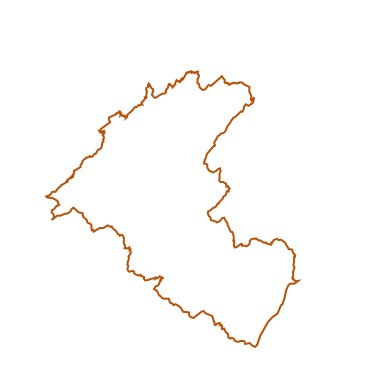 San Juan Nepomuceno, Bolívar, Colombia (Equal Earth projection), rotated 23°
{"feature_id": "7082276B34881548257448", "entity_name": "San Juan Nepomuceno", "entity_type": "district", "adm_level": 2, "iso_a3": "COL", "parent_name": "Colombia", "parent_adm1": "Bolívar", "projection": "equal_earth", "projection_center": [-75.086, 9.989], "detail": "fine", "context": "isolated", "style": "outline", "palette": "amber", "viewbox_px": 384, "rotation_deg": 23, "n_neighbors": 0, "source": "geoboundaries", "source_scale": "gbopen_adm2", "svg_char_len": 5958}
<svg xmlns="http://www.w3.org/2000/svg" viewBox="0 0 384 384"><g transform="rotate(23 192 192)"><path d="M174.3,73.8L168.0,86.9L165.7,86.9L165.0,87.9L164.3,91.8L162.5,93.7L161.5,93.9L158.0,92.6L156.3,89.9L154.4,89.6L152.9,85.7L153.3,83.4L152.8,81.9L150.8,81.1L150.5,78.9L149.4,79.2L147.9,81.6L146.8,81.1L145.6,82.0L145.7,81.3L143.9,81.2L143.7,82.0L142.9,82.2L141.9,83.5L141.7,83.1L140.3,84.5L140.1,89.5L139.6,90.5L139.0,90.5L139.6,91.8L138.1,92.3L138.7,93.2L138.2,93.7L138.2,95.2L137.6,95.2L137.7,93.6L136.9,94.9L137.3,95.1L137.0,95.8L134.1,95.1L134.0,97.9L134.5,99.3L133.2,103.1L132.7,102.2L132.1,102.6L129.3,101.2L128.5,102.0L129.1,103.1L129.0,105.1L129.5,105.6L128.9,105.2L129.0,106.2L128.3,107.2L128.7,108.8L128.3,109.1L129.1,110.6L128.3,112.0L126.3,113.2L124.3,115.6L121.8,119.3L120.5,119.9L117.0,118.0L117.0,115.7L116.5,114.8L116.9,114.1L115.9,112.6L113.4,112.1L112.8,111.1L109.8,109.1L109.7,110.8L110.8,111.3L110.4,111.6L110.5,112.8L109.3,114.2L110.2,116.4L111.1,116.7L112.3,121.6L113.2,122.5L113.0,123.6L111.8,123.5L112.2,124.1L111.7,127.3L110.6,128.9L110.6,129.6L111.7,130.6L110.9,130.5L110.9,132.0L110.4,132.6L108.8,132.9L107.9,135.3L106.3,136.2L104.8,141.2L102.5,145.5L102.4,146.7L103.0,148.2L102.3,149.7L102.2,148.9L101.4,148.9L101.5,148.3L100.7,148.6L100.8,149.3L100.0,148.2L99.2,149.2L98.1,148.5L96.9,149.2L96.6,148.4L96.2,149.3L96.0,148.1L95.1,147.9L95.5,147.3L94.9,146.3L94.4,146.6L94.3,146.1L94.1,146.8L93.7,146.2L92.0,149.3L91.3,149.5L91.4,150.5L86.5,155.8L87.2,157.8L89.4,159.7L83.7,169.2L83.5,171.6L82.6,171.9L84.0,173.0L86.5,170.6L86.4,172.3L87.5,171.5L87.3,172.2L88.1,172.3L87.5,173.1L87.7,174.8L88.7,174.8L89.9,176.7L89.6,178.6L90.7,179.5L90.2,182.4L91.0,184.1L90.8,184.8L91.4,186.8L89.9,189.3L89.0,189.7L88.4,194.4L86.9,195.9L86.8,197.4L85.9,199.0L84.6,199.3L83.9,198.8L83.0,200.4L81.0,201.9L80.7,203.3L80.0,204.0L79.2,206.4L79.5,209.0L78.8,210.2L79.7,212.6L74.9,218.9L76.1,220.0L75.8,221.0L76.6,224.8L76.1,225.2L75.5,224.5L75.5,225.9L74.7,225.5L74.5,226.9L73.8,227.2L73.5,228.6L72.6,229.3L73.2,230.7L72.7,231.0L72.6,230.4L72.4,231.0L72.9,231.5L72.3,231.6L72.2,232.6L68.8,237.1L68.8,238.2L67.5,240.2L66.2,245.1L63.4,246.5L62.3,250.5L59.6,253.0L60.8,253.6L66.6,252.1L71.7,252.8L73.4,254.5L73.7,256.1L74.2,256.1L73.7,256.5L73.8,257.3L72.7,257.9L71.7,261.7L70.2,263.5L70.9,265.6L73.3,266.7L74.6,268.6L74.8,269.8L73.9,271.9L73.9,272.5L77.2,266.4L80.1,265.3L83.2,261.9L86.2,260.1L87.8,257.2L87.6,255.5L89.0,252.7L95.5,255.0L99.7,254.3L101.3,257.2L106.2,259.0L107.6,260.9L112.1,261.3L113.8,265.1L115.0,266.3L115.8,265.5L116.9,266.9L121.1,261.2L124.5,259.9L127.4,255.6L130.2,256.0L131.5,255.0L133.2,256.5L137.2,257.6L139.9,259.5L142.0,259.7L142.5,260.5L144.2,258.8L145.0,258.9L147.1,260.7L149.4,266.1L151.2,267.4L151.9,268.5L151.8,269.9L154.2,269.5L156.0,267.4L156.5,269.1L157.7,268.8L157.7,270.2L158.1,270.0L159.5,271.9L158.8,276.4L159.7,277.3L160.7,283.9L162.3,284.8L162.6,288.1L164.2,289.6L165.3,289.9L168.4,287.7L170.0,288.2L170.3,289.1L171.8,289.9L176.0,289.6L177.0,288.3L178.2,289.1L181.2,289.1L181.8,290.8L183.2,291.7L184.7,291.1L189.8,286.8L191.3,286.0L191.6,286.4L192.0,284.8L193.0,285.5L194.7,283.5L195.1,282.2L196.3,282.3L197.1,283.3L198.3,282.2L198.8,282.4L198.6,283.0L197.1,285.3L197.2,285.8L197.9,285.9L197.3,286.9L197.6,288.1L197.3,291.2L195.3,293.3L195.0,296.2L198.5,296.7L202.1,300.0L203.9,300.2L205.5,301.2L207.7,301.3L212.1,299.3L213.0,299.6L213.5,300.9L215.5,302.6L217.1,302.3L219.3,303.3L220.6,301.7L223.1,301.9L226.6,302.8L230.5,305.7L236.3,304.0L237.7,306.8L240.2,307.7L242.7,307.2L247.6,298.3L249.4,297.0L251.4,298.3L259.3,298.3L262.2,302.1L263.6,303.0L264.6,305.3L265.7,305.3L266.9,302.9L268.8,301.9L269.7,302.3L269.8,303.7L271.1,303.0L272.2,303.9L272.3,305.3L273.4,306.5L274.8,305.1L278.0,307.9L280.6,308.5L282.3,311.7L284.5,312.0L285.5,310.7L288.1,310.8L289.3,312.2L290.7,312.4L293.5,311.7L294.6,310.4L297.6,309.0L298.8,309.1L300.3,311.1L304.2,308.5L307.2,309.8L310.4,310.0L311.7,307.4L311.0,297.8L312.7,282.2L314.9,275.8L318.3,270.5L318.2,261.6L319.1,260.1L318.6,253.4L317.1,246.1L317.2,239.9L318.3,238.0L322.3,236.1L324.4,232.4L322.9,233.3L320.5,233.4L319.2,232.1L319.2,232.7L318.2,232.4L317.4,228.2L316.2,226.2L315.8,221.4L314.1,220.1L312.7,214.6L311.4,212.7L311.4,211.5L312.0,211.5L311.7,209.9L308.6,208.3L306.6,205.9L303.4,206.8L297.5,202.3L292.6,201.1L290.6,202.4L288.6,201.9L286.0,204.3L285.7,206.7L284.8,207.2L285.7,209.0L285.3,209.7L280.8,210.2L279.7,209.5L278.4,210.5L273.5,209.9L272.4,210.6L269.1,209.7L268.2,210.6L267.2,210.5L264.7,212.9L264.3,214.5L265.1,216.2L265.1,218.2L263.4,220.7L261.4,220.8L259.1,221.9L258.4,220.5L257.5,220.6L254.4,225.5L253.0,226.3L251.3,224.8L250.8,222.1L249.3,221.0L249.8,220.4L248.9,219.9L248.8,218.6L246.9,215.3L244.7,213.0L243.3,213.5L237.7,208.5L236.2,206.2L234.5,205.7L232.1,203.3L231.5,203.1L229.7,204.8L229.2,207.5L226.8,210.3L225.3,209.9L220.5,210.4L218.6,208.0L216.9,207.5L215.4,206.1L214.5,204.6L214.5,203.6L215.9,202.1L217.7,198.3L219.6,196.7L220.2,192.5L221.0,192.3L221.2,190.3L222.8,186.4L222.9,183.7L224.3,181.5L223.8,177.8L225.4,177.2L224.7,176.5L225.4,174.3L224.9,173.9L224.7,174.6L222.6,172.5L221.4,173.4L221.3,172.4L220.5,172.1L220.2,171.1L216.9,170.6L214.3,171.7L212.5,170.9L211.6,167.3L210.4,165.4L210.1,161.6L208.5,159.3L207.4,160.1L206.0,163.1L203.6,165.8L199.4,165.6L196.7,163.8L195.3,160.8L193.6,160.5L192.1,161.2L191.6,160.6L191.0,150.9L193.6,142.2L195.0,140.4L193.2,138.0L194.0,130.3L195.2,129.0L195.6,126.9L197.7,125.8L198.9,123.2L199.0,117.2L200.1,113.6L200.3,110.3L201.0,109.1L200.8,108.0L203.0,105.1L205.5,98.8L206.8,98.7L207.3,96.1L206.6,92.9L207.4,90.2L210.3,90.6L213.0,86.5L213.3,85.7L212.6,83.2L212.6,81.5L212.1,81.3L211.2,84.6L210.6,84.4L209.9,83.5L209.3,80.7L205.5,77.2L203.9,72.9L197.6,72.6L195.8,71.6L193.4,72.2L192.8,73.3L191.9,73.2L191.2,74.6L188.6,74.7L187.7,75.8L187.3,75.4L186.4,76.1L184.4,78.8L183.4,77.8L182.8,78.3L181.8,77.6L180.0,78.7L178.8,77.7L178.6,76.3L174.3,73.8Z" fill="none" stroke="#b45309" stroke-width="2"/></g></svg>